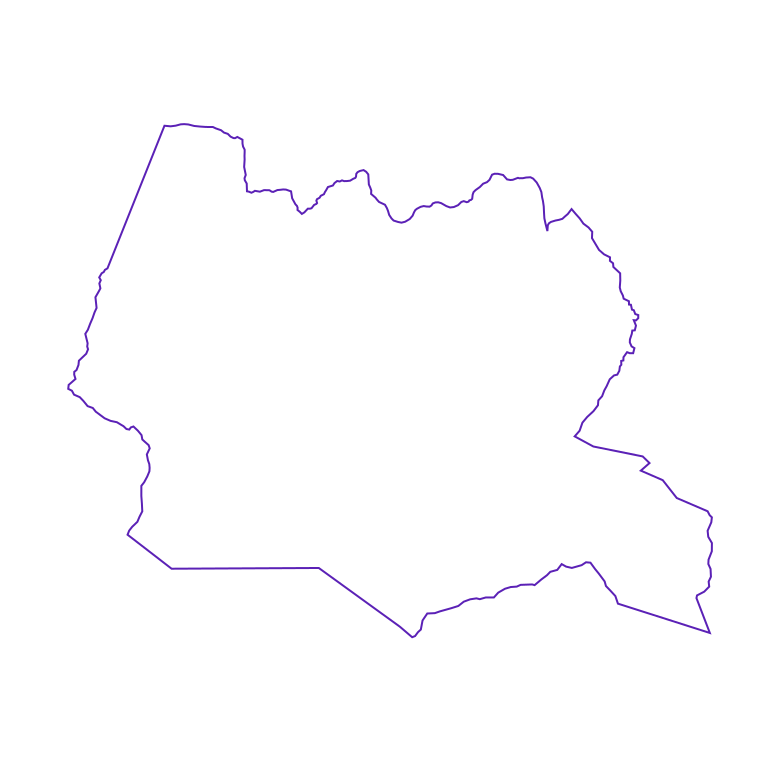 outline of Gumine District, Chimbu, Papua New Guinea, rotated 85°
{"feature_id": "67681753B36578207739625", "entity_name": "Gumine District", "entity_type": "district", "adm_level": 2, "iso_a3": "PNG", "parent_name": "Papua New Guinea", "parent_adm1": "Chimbu", "projection": "orthographic", "projection_center": [144.798, -6.194], "detail": "fine", "context": "isolated", "style": "outline", "palette": "violet", "viewbox_px": 768, "rotation_deg": 85, "n_neighbors": 0, "source": "geoboundaries", "source_scale": "gbopen_adm2", "svg_char_len": 4455}
<svg xmlns="http://www.w3.org/2000/svg" viewBox="0 0 768 768"><g transform="rotate(85 384 384)"><path d="M107.6,580.2L244.7,649.4L246.0,652.1L248.0,653.4L249.1,655.6L253.0,658.4L255.9,657.1L259.0,658.8L264.0,658.2L266.2,659.6L272.4,663.9L283.2,663.7L287.4,666.1L293.0,668.6L298.4,671.5L304.2,674.3L308.0,677.2L317.6,675.7L320.8,676.4L323.6,675.8L327.9,678.0L334.2,685.9L338.4,686.7L343.3,689.1L344.9,691.5L347.7,691.8L352.1,690.9L357.4,698.2L361.3,699.0L363.5,695.5L367.6,693.7L370.6,688.2L374.6,685.0L380.2,681.2L382.5,676.2L386.5,673.5L393.8,665.3L396.9,659.6L398.8,653.4L401.9,649.2L403.3,647.2L406.4,644.5L407.2,641.7L405.2,640.0L404.5,637.3L409.0,633.3L413.8,630.0L418.2,629.6L420.6,627.4L424.4,623.8L427.7,623.0L433.5,626.4L439.4,625.8L443.3,624.8L447.1,624.8L450.5,625.3L455.5,627.9L461.0,631.5L464.3,634.6L474.4,635.5L482.0,635.6L489.8,635.9L494.9,639.1L499.8,641.7L504.3,647.3L507.8,650.6L511.8,652.6L549.5,611.7L561.6,465.0L627.2,389.3L638.7,378.0L637.8,375.0L634.2,371.8L631.8,368.7L622.9,366.2L616.4,360.9L616.7,353.3L615.4,348.2L613.2,336.5L611.6,329.3L607.8,323.5L606.0,316.9L605.6,310.6L606.7,307.3L605.5,301.1L606.2,293.1L601.8,288.4L598.5,281.3L597.3,275.4L597.4,269.4L596.0,265.4L596.6,253.8L597.5,251.5L592.5,244.4L588.7,238.3L585.6,234.7L584.3,227.6L578.9,222.7L581.8,218.5L583.6,212.9L581.7,202.9L579.2,198.3L580.0,193.9L586.8,189.8L591.5,186.6L599.9,181.4L604.6,180.5L609.3,176.7L615.4,172.0L623.2,170.1L660.4,81.1L624.5,91.4L621.9,90.6L618.8,83.1L614.2,77.7L609.1,77.8L604.5,75.1L596.7,74.8L591.6,76.6L587.3,76.0L579.2,72.0L571.0,71.2L564.5,74.3L558.4,74.4L550.3,70.0L545.4,69.0L543.1,71.0L539.0,72.7L523.1,102.3L504.1,114.7L492.7,135.7L485.9,126.4L478.7,132.6L464.5,180.9L452.8,198.6L447.6,193.2L439.8,189.7L434.5,184.4L429.3,177.7L423.8,172.7L419.0,171.9L415.2,167.8L409.6,165.1L405.6,162.4L399.0,158.7L395.5,154.1L395.0,150.8L391.3,148.4L387.1,147.5L385.5,145.9L381.7,145.7L381.4,143.5L378.2,143.1L373.5,139.1L374.7,136.6L375.0,133.1L370.1,131.4L368.1,134.1L364.0,135.5L361.0,135.1L355.7,132.8L352.4,132.0L352.4,129.5L347.8,127.9L342.2,129.6L342.6,127.4L340.6,125.0L337.5,124.7L336.2,127.6L332.3,128.7L331.5,130.5L326.6,131.1L326.2,133.0L322.9,132.8L319.9,137.8L316.7,138.3L312.2,140.1L308.4,140.7L301.6,139.6L294.3,139.1L287.4,145.3L283.7,145.3L281.0,148.2L277.5,147.8L274.0,153.5L269.2,158.1L256.8,164.1L250.5,163.3L245.9,166.6L241.6,171.4L236.1,174.6L231.3,178.2L226.1,181.9L230.7,186.1L233.0,189.3L235.0,191.9L235.7,195.3L236.1,199.0L237.1,203.6L238.3,205.7L240.2,207.0L245.9,207.9L237.9,209.2L232.9,209.8L228.6,209.7L221.0,209.4L215.5,209.7L212.0,210.2L206.5,210.5L202.2,211.8L196.6,214.3L192.4,217.5L190.8,220.1L190.7,224.5L191.1,227.9L190.8,231.4L190.3,232.6L191.8,237.9L191.8,240.3L190.9,243.6L186.2,247.1L184.5,252.3L184.2,255.5L184.9,258.1L189.8,261.1L191.9,263.8L193.1,267.8L196.1,271.3L198.9,276.0L200.7,278.1L203.2,279.2L207.2,280.0L208.2,281.3L208.5,282.9L209.7,283.9L210.1,285.7L208.8,288.6L209.4,291.1L212.3,294.6L213.8,299.0L213.9,302.8L212.2,306.4L208.8,311.3L207.7,314.2L207.6,317.0L208.4,319.7L210.3,321.2L211.3,323.1L210.9,326.2L210.2,328.9L210.7,332.1L212.3,335.9L213.5,337.7L215.7,339.2L218.8,340.8L221.9,344.0L224.2,348.8L224.8,352.5L223.8,355.9L222.0,360.2L219.7,362.1L216.0,364.1L212.0,364.9L209.0,365.8L205.5,367.4L202.2,373.1L199.5,375.1L197.7,376.2L193.5,380.3L190.1,379.8L187.1,380.6L183.9,381.7L177.6,381.5L173.8,381.4L171.0,383.3L169.1,385.8L169.7,389.6L170.7,391.9L172.2,393.3L175.0,393.8L176.2,394.6L176.9,396.8L178.5,400.0L178.6,403.4L178.4,406.1L177.5,408.1L178.4,410.4L177.7,413.0L179.5,415.8L181.8,417.6L182.9,422.7L186.1,424.9L187.6,426.1L189.7,427.3L191.0,430.6L192.8,431.9L194.1,434.7L195.5,435.4L197.9,434.9L198.7,435.7L199.5,438.0L202.6,440.9L202.9,442.5L202.7,444.6L206.1,448.4L207.4,451.0L205.1,452.9L203.1,455.0L200.8,454.7L199.0,455.2L197.2,456.6L191.0,459.3L184.0,459.8L183.3,461.4L181.8,464.7L181.4,467.5L181.5,470.3L181.5,473.3L182.5,476.2L183.0,477.6L182.6,479.2L181.0,481.2L180.4,486.6L181.6,490.9L180.3,495.8L181.2,497.4L181.9,499.4L180.6,501.9L180.1,503.7L172.3,503.3L168.9,504.9L166.8,505.0L163.7,503.5L155.6,504.4L148.3,503.3L144.7,503.1L140.7,502.6L138.4,502.4L135.2,503.7L132.3,504.0L128.3,503.7L125.1,508.6L126.1,510.9L125.9,512.5L124.2,515.3L121.2,517.8L119.6,521.5L117.0,524.2L114.7,529.3L113.1,532.0L112.4,539.1L111.5,544.8L110.4,550.6L108.4,556.3L107.7,560.4L107.6,563.9L108.5,569.0L108.7,574.1L107.6,580.2Z" fill="none" stroke="#5b21b6" stroke-width="2"/></g></svg>